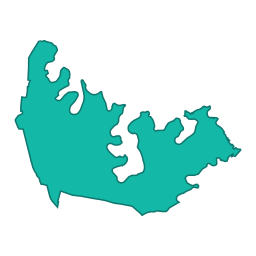 outline of Canada Bay, New South Wales, Australia
{"feature_id": "25037944B91720609998953", "entity_name": "Canada Bay", "entity_type": "district", "adm_level": 2, "iso_a3": "AUS", "parent_name": "Australia", "parent_adm1": "New South Wales", "projection": "equal_earth", "projection_center": [151.126, -33.849], "detail": "fine", "context": "isolated", "style": "filled", "palette": "teal", "viewbox_px": 256, "rotation_deg": 0, "n_neighbors": 0, "source": "geoboundaries", "source_scale": "gbopen_adm2", "svg_char_len": 5885}
<svg xmlns="http://www.w3.org/2000/svg" viewBox="0 0 256 256"><path d="M121.2,204.1L131.2,206.0L132.6,206.6L140.9,213.8L142.0,215.3L145.9,213.1L147.8,212.4L151.0,211.7L154.8,211.8L156.3,210.8L163.4,211.6L166.1,211.4L167.2,210.7L169.5,207.7L179.1,202.2L177.3,201.1L176.4,199.2L176.6,197.2L178.1,195.2L179.9,194.6L181.0,193.8L183.5,193.2L186.1,191.4L190.9,189.3L192.9,187.4L194.4,187.3L197.8,187.9L198.2,187.7L198.6,185.9L197.5,184.4L195.7,184.4L193.9,185.4L191.9,185.5L187.4,183.2L186.2,181.1L185.2,178.0L185.4,177.5L187.1,175.8L188.8,175.2L194.3,175.3L198.4,174.0L202.2,169.1L206.3,166.6L206.9,165.9L206.9,164.4L208.4,163.4L209.7,163.6L211.7,165.2L212.9,165.6L214.4,165.6L216.2,164.8L216.8,163.8L216.5,159.3L216.7,158.1L219.4,157.9L220.6,159.5L220.4,159.9L221.1,160.3L221.1,160.1L222.6,160.4L224.3,161.3L225.5,161.4L227.1,161.0L228.0,158.4L228.1,157.6L229.0,156.7L231.2,154.9L231.4,155.1L232.9,154.0L232.7,155.8L231.7,156.7L231.8,156.8L232.8,155.8L235.2,156.3L240.6,150.1L240.6,149.4L236.9,148.9L236.2,148.0L235.4,147.8L234.0,149.0L232.9,148.4L232.8,147.7L233.6,146.8L233.4,146.5L233.7,146.1L232.4,144.6L231.7,145.2L231.3,144.7L231.2,145.0L230.9,144.8L228.5,141.6L229.6,140.6L228.7,140.0L228.0,140.6L227.7,140.1L228.3,139.4L227.8,139.3L227.4,139.6L227.0,138.8L227.7,138.1L227.5,137.9L226.8,138.4L225.3,134.7L223.7,133.1L223.7,132.7L224.3,132.1L221.9,128.6L220.2,127.1L217.0,125.1L216.4,124.4L215.8,122.7L216.0,121.9L218.0,119.0L217.1,118.1L216.8,117.8L213.6,117.6L213.6,118.3L213.1,118.3L213.1,117.6L210.8,117.5L210.0,117.9L209.7,117.5L208.8,117.3L207.8,116.1L207.2,114.7L207.1,112.4L207.6,111.1L210.1,108.9L210.2,106.8L209.7,106.0L208.6,106.7L206.7,107.2L206.2,107.2L205.7,106.8L204.6,106.9L204.4,106.3L204.1,106.3L202.6,107.0L201.7,108.1L199.5,109.4L197.4,109.9L194.7,111.2L193.2,112.3L193.5,112.9L192.8,113.6L191.9,113.5L191.8,112.9L191.5,113.0L191.4,113.5L190.7,114.0L190.8,113.4L189.7,113.3L188.0,112.1L187.6,112.3L186.3,111.0L185.1,111.0L184.9,115.4L184.3,115.8L184.8,116.3L185.4,115.9L186.2,116.3L188.7,119.0L192.1,119.3L194.2,119.0L195.3,119.3L197.7,121.2L198.1,122.4L196.0,126.2L195.2,130.5L194.6,132.1L193.6,133.6L191.2,135.6L187.4,138.0L181.3,143.6L179.6,144.3L177.5,144.2L176.1,143.4L175.1,142.1L174.7,140.2L175.0,138.8L175.5,137.9L176.7,136.9L177.9,136.6L178.6,135.7L180.7,131.3L183.0,130.0L183.4,129.4L183.2,127.6L180.5,123.2L180.2,120.5L179.2,118.9L177.4,118.3L176.2,118.3L175.4,118.9L174.7,119.8L174.2,120.0L173.7,120.9L171.9,121.3L168.7,122.9L167.6,124.0L166.4,126.2L165.8,126.6L165.1,129.0L164.4,129.4L163.7,130.4L157.5,130.4L156.0,131.2L154.8,130.4L153.7,129.0L153.8,128.4L154.5,127.0L154.6,126.0L153.6,121.8L152.3,118.9L151.4,118.2L150.7,116.8L149.1,116.5L148.7,116.1L148.5,115.0L149.3,114.3L149.4,113.9L148.9,112.2L148.0,111.5L146.8,111.5L145.8,112.3L142.4,112.0L140.5,113.2L141.0,114.3L141.0,115.1L140.3,116.2L140.0,117.3L133.6,120.7L130.8,123.0L128.9,125.4L128.3,126.7L128.2,129.3L128.9,131.2L130.7,132.8L132.5,133.6L133.4,133.6L134.3,133.2L135.4,133.4L136.8,134.3L137.5,135.5L138.8,140.6L138.0,145.1L137.6,146.2L137.5,147.3L140.6,151.8L142.7,158.0L143.2,160.8L143.9,162.6L144.5,166.0L144.5,168.1L144.0,170.5L143.4,171.6L142.2,172.7L137.9,174.1L137.4,175.0L134.2,175.5L132.2,175.3L129.4,176.5L128.6,177.0L124.2,181.9L123.1,182.5L120.9,182.9L119.6,182.6L117.6,180.9L117.1,179.9L116.8,176.8L112.6,172.3L112.2,171.1L112.2,169.6L113.1,168.3L117.0,166.7L121.8,165.4L122.4,165.7L122.6,165.2L124.5,164.4L126.0,162.8L126.9,161.2L127.4,159.5L127.2,158.0L126.5,156.4L125.5,155.8L125.1,155.0L124.4,155.2L124.4,156.3L123.6,157.1L120.1,156.8L119.9,156.2L116.8,157.5L115.1,157.1L110.2,152.8L108.7,151.2L107.2,148.8L106.8,147.6L106.8,146.4L107.5,144.7L109.4,143.4L111.4,143.5L114.7,145.0L117.9,145.0L120.0,144.4L121.8,142.9L121.9,141.8L121.2,140.8L120.5,138.6L120.8,137.7L119.5,136.0L116.8,135.9L113.7,136.9L112.3,136.6L110.6,134.7L110.1,131.8L110.8,129.7L112.9,127.3L114.6,125.6L117.3,124.0L118.2,122.3L118.6,121.1L118.7,118.3L119.2,116.7L119.9,115.5L122.2,113.4L122.7,112.2L123.0,109.6L123.5,108.0L124.3,106.0L125.3,105.8L125.3,105.1L124.7,105.2L124.3,104.7L123.8,104.6L120.3,105.4L118.6,105.4L116.7,104.8L114.8,103.4L114.0,103.4L112.8,104.3L112.1,106.6L111.9,108.6L111.1,110.0L109.5,111.0L107.8,110.8L107.1,109.9L105.6,103.0L102.8,97.1L101.5,91.7L100.3,91.9L98.3,93.6L95.7,94.6L92.8,94.6L90.5,93.8L86.8,90.7L86.4,89.8L85.9,89.5L85.4,86.7L85.9,85.6L85.5,84.3L84.2,82.7L83.1,80.4L82.1,79.9L81.5,80.3L81.2,81.4L83.8,93.4L84.2,96.4L84.0,99.3L83.5,101.8L80.3,110.2L78.3,113.0L76.6,114.1L75.0,114.5L72.9,114.4L71.1,113.7L70.2,112.7L69.6,111.2L69.5,110.0L69.9,107.7L70.9,105.6L75.0,101.1L77.6,96.6L78.1,95.5L78.1,94.4L77.8,93.4L77.2,92.6L75.0,91.7L68.5,92.3L64.7,95.3L61.3,99.4L59.6,100.7L56.5,100.1L55.7,99.2L55.2,98.2L58.6,95.1L58.1,94.2L58.1,93.1L58.6,91.7L59.4,90.5L64.4,87.5L68.1,85.7L68.8,84.9L69.0,83.6L68.3,82.1L68.1,80.8L68.4,79.4L69.4,78.3L69.6,77.6L69.8,73.9L69.3,71.5L68.6,70.3L67.8,69.6L64.5,67.6L63.4,67.6L60.9,70.4L59.9,76.5L56.9,80.7L55.8,81.6L52.8,82.5L51.2,82.4L49.8,81.6L48.2,78.7L45.6,75.7L45.6,75.3L48.2,73.4L47.3,70.5L45.0,70.6L44.6,70.2L44.5,69.7L44.8,66.9L45.7,64.8L47.1,62.9L48.2,62.3L52.2,61.4L54.2,59.8L54.4,59.0L53.9,56.8L54.0,56.0L57.1,50.7L57.3,49.9L57.1,49.0L56.0,46.4L53.4,44.9L52.2,43.4L51.6,43.0L46.3,41.6L44.6,40.7L43.8,40.8L42.9,41.4L40.4,41.1L38.7,41.4L32.1,51.9L28.7,57.9L28.6,67.7L28.0,80.0L30.2,80.6L29.0,83.2L28.3,86.7L27.5,86.7L27.3,91.5L26.5,96.7L25.5,97.5L21.8,97.0L20.9,106.4L20.8,111.1L21.9,110.8L22.6,112.6L22.2,113.8L18.1,115.8L15.4,119.6L15.4,120.9L17.6,126.4L18.9,128.9L23.1,129.1L30.8,159.8L31.0,161.4L31.5,162.3L32.8,167.2L34.4,170.8L36.4,173.9L36.8,175.6L39.3,178.4L39.9,181.2L41.2,184.3L43.0,184.3L47.0,185.4L49.8,196.4L50.7,198.7L52.2,201.1L57.5,207.2L58.5,201.9L57.7,201.6L60.6,191.0L72.5,195.2L81.3,196.2L93.6,198.5L101.2,199.7L105.7,200.6L114.4,203.2L121.2,204.1Z" fill="#14b8a6" stroke="#0f766e" stroke-width="1.5"/></svg>